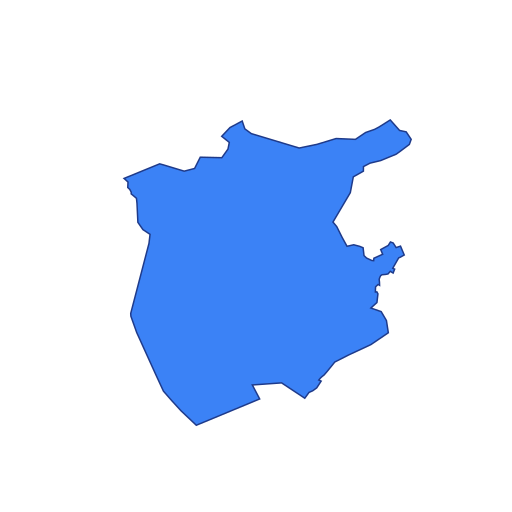 the district of Mubi South, Adamawa, Nigeria, rotated 114°
{"feature_id": "59680162B11164722545286", "entity_name": "Mubi South", "entity_type": "district", "adm_level": 2, "iso_a3": "NGA", "parent_name": "Nigeria", "parent_adm1": "Adamawa", "projection": "equal_earth", "projection_center": [13.272, 10.176], "detail": "fine", "context": "isolated", "style": "filled", "palette": "blue", "viewbox_px": 512, "rotation_deg": 114, "n_neighbors": 0, "source": "geoboundaries", "source_scale": "gbopen_adm2", "svg_char_len": 1651}
<svg xmlns="http://www.w3.org/2000/svg" viewBox="0 0 512 512"><g transform="rotate(114 256 256)"><path d="M238.8,408.1L240.5,403.0L245.6,401.0L246.5,398.4L248.5,395.9L250.0,395.3L251.9,388.7L256.2,386.2L273.3,377.6L277.9,370.0L279.3,361.6L288.0,358.9L306.2,355.9L359.4,347.1L361.9,345.8L374.5,333.8L379.8,327.8L383.1,324.1L404.4,300.1L417.1,285.6L422.6,273.7L428.0,261.3L434.9,241.7L385.1,194.5L375.3,206.9L361.5,181.0L366.1,153.6L359.1,152.1L356.1,149.4L351.8,146.9L343.8,145.6L343.8,148.2L341.3,147.5L339.2,146.6L337.0,145.4L332.7,144.1L324.2,141.8L320.8,140.9L308.7,131.1L290.2,115.0L272.3,103.9L261.9,110.6L255.9,119.0L256.8,129.9L249.3,126.6L241.0,129.2L239.6,131.0L240.3,132.3L238.4,133.1L235.6,134.2L234.9,134.0L232.4,132.9L232.4,132.1L232.5,131.2L229.6,132.6L227.2,134.0L225.2,134.2L223.2,134.1L221.9,133.3L220.1,130.1L218.7,128.1L215.4,127.1L215.8,123.8L211.6,124.0L211.6,126.1L204.7,125.4L199.7,124.9L198.3,123.6L194.8,121.0L188.2,128.0L191.3,131.4L188.3,136.0L188.5,138.9L192.6,139.5L199.4,144.7L202.9,141.0L210.1,147.4L212.4,146.6L213.0,148.3L212.9,154.2L211.7,157.5L204.9,161.5L205.0,165.2L206.0,171.3L210.1,176.8L203.8,185.1L196.3,194.2L193.7,199.5L159.8,195.6L144.1,199.3L134.8,192.4L130.6,194.2L124.8,189.6L118.1,180.9L105.9,169.3L100.0,165.9L91.7,161.3L86.3,161.7L81.5,169.3L82.9,175.9L77.1,188.7L88.0,196.0L92.0,199.1L98.6,206.1L109.0,212.6L116.1,230.6L129.2,245.7L139.8,260.5L141.3,272.3L146.1,310.1L144.4,317.9L141.7,320.4L138.3,323.5L149.2,332.0L160.6,336.0L163.1,326.6L169.7,325.1L180.1,327.2L188.4,347.1L201.0,347.7L207.7,356.1L210.4,377.5L211.0,381.5L238.8,408.1Z" fill="#3b82f6" stroke="#1e3a8a" stroke-width="1.5"/></g></svg>